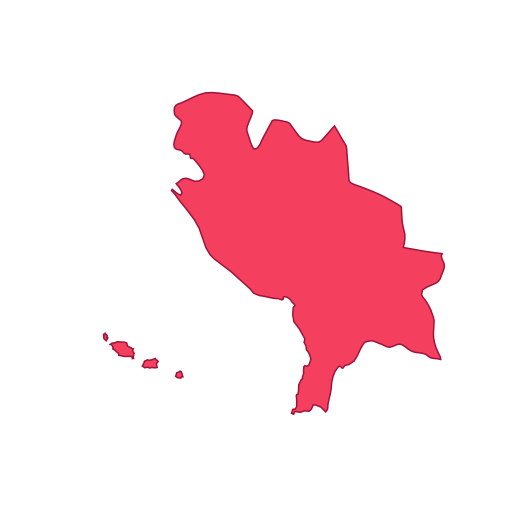 outline of Nayarit, rotated 337°
{"feature_id": "MEX-2721", "entity_name": "Nayarit", "entity_type": "State", "adm_level": 1, "iso_a3": "MEX", "parent_name": "Mexico", "parent_adm1": "", "projection": "robinson", "projection_center": [-105.251, 21.861], "detail": "fine", "context": "isolated", "style": "filled", "palette": "rose", "viewbox_px": 512, "rotation_deg": 337, "n_neighbors": 0, "source": "natural_earth", "source_scale": "10m", "svg_char_len": 5228}
<svg xmlns="http://www.w3.org/2000/svg" viewBox="0 0 512 512"><g transform="rotate(337 256 256)"><path d="M259.2,426.7L256.8,420.6L252.8,416.6L250.3,415.4L249.3,416.6L246.9,418.8L244.1,419.6L240.2,417.5L235.6,417.1L231.1,414.3L228.8,416.4L227.2,414.7L228.5,413.2L229.9,411.5L231.1,411.8L232.3,412.2L234.6,410.6L236.0,407.1L237.1,405.0L238.0,401.9L238.5,400.3L239.3,399.4L240.5,399.7L242.3,397.0L245.0,391.3L249.1,387.7L250.7,387.1L251.6,385.3L253.7,383.1L254.8,380.6L255.7,378.5L256.8,376.6L258.2,376.0L259.1,377.1L260.6,377.2L261.7,377.3L264.3,374.7L266.3,372.2L266.8,367.8L266.5,364.0L265.7,362.0L266.9,358.5L266.5,354.4L268.6,351.3L267.4,339.8L265.2,331.4L266.8,324.6L268.1,321.9L270.2,317.9L272.5,316.7L272.3,315.2L271.1,312.4L270.6,309.5L269.6,307.6L268.4,305.9L266.8,304.8L265.1,304.5L264.3,306.3L262.6,306.5L260.4,304.3L255.6,301.8L246.6,295.5L243.7,293.8L239.4,289.4L237.6,283.6L226.8,260.5L216.4,242.3L214.3,237.0L213.2,229.0L214.5,208.2L213.5,198.7L210.2,185.5L207.1,174.7L205.4,167.2L203.8,162.7L204.9,161.9L206.3,164.4L208.3,168.3L210.6,170.7L212.5,168.8L212.7,166.2L212.3,163.4L211.5,160.7L210.8,158.2L213.5,157.7L216.1,156.8L218.8,156.3L221.5,156.9L223.6,158.2L225.3,159.9L227.1,161.7L228.9,163.3L233.0,164.7L237.3,164.0L240.2,161.2L240.3,156.0L239.5,152.5L238.6,148.8L237.5,145.1L236.4,141.8L235.9,141.4L235.2,141.1L234.4,140.8L234.0,140.4L234.1,139.5L234.4,138.4L234.7,137.4L234.7,136.6L233.5,135.6L232.2,135.1L230.9,134.6L229.9,133.2L229.2,131.1L228.6,129.9L227.8,129.1L226.4,128.0L225.3,127.3L224.4,126.5L223.7,125.5L223.3,124.1L224.0,121.1L226.0,118.0L228.5,115.1L230.5,112.8L232.5,111.0L234.9,109.0L237.3,107.0L239.0,105.1L239.9,103.2L239.8,101.8L239.1,100.5L238.1,98.6L237.0,96.2L236.5,94.6L236.7,92.8L237.5,90.1L239.1,87.3L241.2,86.0L243.8,85.6L247.0,85.9L253.4,85.7L260.2,85.3L266.9,85.3L273.2,86.1L279.2,88.3L285.2,91.4L291.2,94.9L296.8,98.1L299.4,99.7L301.2,101.1L302.5,103.0L303.7,105.9L305.2,109.7L306.7,113.5L308.1,117.3L309.6,121.2L308.5,123.0L305.7,126.0L302.6,129.1L300.8,130.9L298.5,133.4L297.1,135.5L296.4,137.9L296.1,141.6L295.8,145.1L295.4,149.7L295.3,154.2L296.1,157.0L299.3,157.2L302.9,155.1L306.2,152.1L308.9,149.7L312.7,146.7L316.4,143.7L320.2,140.7L323.9,137.7L326.5,138.0L330.6,140.3L334.6,143.1L337.3,145.1L338.4,146.4L339.1,148.1L339.5,150.1L339.9,151.9L341.0,156.9L342.2,161.8L344.1,166.0L347.4,169.2L350.5,171.3L354.1,173.8L357.8,175.6L361.2,175.4L365.7,173.3L370.1,171.2L374.6,169.0L379.1,166.9L379.8,172.6L380.5,178.3L381.2,183.9L382.0,189.6L381.7,191.5L381.1,193.5L380.4,195.5L379.7,197.5L378.1,202.3L376.5,207.1L374.9,211.9L373.3,216.7L371.8,220.8L371.1,223.5L371.8,225.7L374.4,228.6L379.5,233.3L384.4,238.0L389.3,242.9L394.1,248.0L398.0,252.6L401.7,257.3L405.3,262.1L408.9,267.1L408.4,269.2L406.9,273.2L405.3,277.6L404.4,280.3L403.7,282.6L403.2,284.9L402.7,287.2L402.3,289.6L401.4,294.4L399.8,298.3L397.7,301.9L394.9,305.7L403.2,311.1L411.4,316.5L419.8,321.6L427.3,326.0L428.3,326.6L426.8,328.0L426.1,330.6L426.1,336.8L425.3,339.3L423.6,341.7L416.4,349.1L413.9,350.6L411.0,351.2L401.3,351.4L396.8,352.1L396.0,352.2L394.4,354.7L393.2,356.4L393.5,359.0L394.5,362.5L395.0,365.1L395.4,367.9L395.6,370.8L395.8,373.4L395.8,374.0L395.8,374.6L395.8,375.2L395.7,375.7L395.5,378.8L395.3,382.0L394.7,385.0L393.4,387.7L392.8,389.0L392.1,390.4L391.5,391.7L390.8,393.1L388.8,397.2L387.4,401.1L386.5,405.3L385.9,410.1L385.9,412.4L385.9,414.7L386.0,417.1L386.1,419.4L386.2,420.4L386.1,421.4L385.9,422.4L385.6,423.4L383.0,421.6L379.9,419.9L377.2,418.1L375.6,416.0L374.0,413.0L371.5,410.8L368.7,409.0L365.9,407.5L363.3,405.6L361.4,403.6L359.8,401.3L358.2,398.3L355.7,394.6L353.1,392.9L350.0,392.6L346.2,392.6L343.4,392.2L341.1,390.7L339.0,388.5L337.1,386.2L335.9,385.3L334.9,384.3L333.9,383.2L332.9,382.2L331.2,380.6L330.0,379.6L328.5,378.9L326.1,378.3L324.9,378.1L323.7,378.0L322.4,378.1L321.2,378.4L315.9,382.3L310.7,387.1L305.3,391.0L299.0,392.2L297.8,392.0L296.5,391.7L295.2,391.6L294.2,391.9L293.5,392.4L292.9,392.8L292.3,393.1L291.6,393.0L291.1,392.3L290.9,391.1L290.2,390.1L288.5,390.2L283.9,392.9L279.9,396.9L276.5,401.6L273.8,406.7L271.0,411.3L267.8,415.6L264.7,420.0L262.2,424.7L260.8,425.9L259.2,426.7ZM105.8,294.4L105.4,295.6L105.6,297.0L105.9,298.0L104.9,298.5L104.8,299.4L104.1,300.2L103.4,301.1L103.3,302.4L102.7,302.0L102.1,302.1L102.2,301.3L102.6,300.4L101.7,299.5L100.8,299.2L95.9,297.2L90.9,293.8L91.1,293.3L91.3,292.6L91.2,291.5L90.4,290.2L89.6,288.2L88.4,286.3L87.8,285.5L88.6,284.8L88.7,283.4L88.5,281.7L87.2,280.4L89.6,279.9L92.2,280.8L94.9,280.6L96.4,281.6L101.4,284.0L103.1,285.6L102.8,286.9L102.5,288.6L104.0,290.5L105.0,291.5L105.7,292.6L106.2,293.1L106.8,293.5L105.8,294.4ZM119.4,310.8L121.7,310.9L123.3,311.0L123.4,312.5L124.6,313.6L124.6,315.0L122.3,316.1L121.8,318.4L121.5,320.0L119.6,319.6L116.3,317.9L114.4,317.6L112.5,315.9L110.0,315.5L108.3,312.9L110.9,310.8L112.4,309.2L113.8,309.4L115.3,309.0L116.8,310.2L119.4,310.8ZM142.0,333.3L141.8,336.2L141.5,338.7L140.3,338.2L139.0,339.0L136.2,337.3L135.0,335.3L137.5,332.5L139.7,332.7L141.0,332.3L141.6,332.7L142.0,333.3ZM86.9,268.2L87.0,269.3L87.6,269.7L87.9,271.5L86.9,272.6L87.6,273.6L85.0,275.5L83.7,272.6L84.4,270.6L85.1,268.5L85.9,269.0L86.9,268.2Z" fill="#f43f5e" stroke="#9f1239" stroke-width="1.5"/></g></svg>